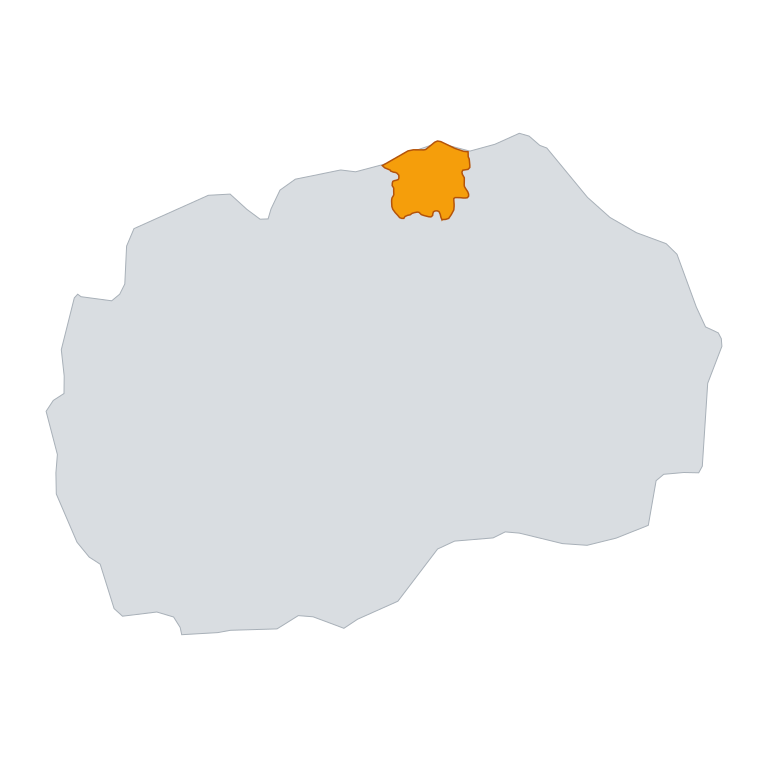 where Staro Nagoričane sits in North Macedonia
{"feature_id": "MKD-2910", "entity_name": "Staro Nagoričane", "entity_type": "Statistical Region", "adm_level": 1, "iso_a3": "MKD", "parent_name": "North Macedonia", "parent_adm1": "", "projection": "natural_earth1", "projection_center": [21.9, 42.216], "detail": "fine", "context": "in_parent", "style": "filled", "palette": "amber", "viewbox_px": 768, "rotation_deg": 0, "n_neighbors": 0, "source": "natural_earth", "source_scale": "10m", "svg_char_len": 2341}
<svg xmlns="http://www.w3.org/2000/svg" viewBox="0 0 768 768"><path d="M340.9,170.0L355.6,171.8L387.5,163.3L407.3,151.6L417.5,149.8L430.9,145.3L450.3,146.0L469.9,151.1L494.8,144.3L519.3,133.3L529.1,136.1L539.8,145.4L546.8,148.0L587.5,197.4L609.9,217.4L636.2,232.6L666.2,243.7L677.0,254.3L696.3,307.0L705.5,326.9L718.3,332.9L721.3,338.7L721.9,346.3L707.7,383.3L702.3,466.2L698.7,472.8L683.7,472.5L663.7,474.3L656.1,480.7L648.3,525.3L616.2,538.1L587.1,545.3L562.5,543.6L519.3,533.1L505.2,531.9L493.1,537.9L454.6,541.1L437.6,549.0L397.9,601.2L357.6,619.2L343.9,628.3L313.1,616.8L298.3,615.6L277.0,628.9L230.3,630.3L217.7,632.6L181.7,634.7L180.2,627.5L173.6,617.0L156.8,612.0L122.5,616.2L114.1,608.6L100.2,564.2L89.2,557.1L77.0,542.2L56.3,494.0L55.9,472.9L57.4,454.5L46.1,411.3L53.3,400.4L64.0,393.5L64.2,376.1L61.3,349.7L74.3,297.9L77.7,294.2L81.0,296.7L111.7,300.8L119.7,294.2L124.8,284.0L126.6,246.1L134.0,228.6L208.3,195.3L230.1,194.1L246.9,209.4L260.1,219.2L268.1,218.9L271.0,209.0L280.0,190.1L295.3,179.2L340.5,170.0L340.9,170.0Z" fill="#d9dde1" stroke="#a8b0b8" stroke-width="1"/><path d="M437.5,141.0L440.8,141.6L454.9,148.4L463.5,151.3L468.1,151.8L468.2,156.7L469.2,159.0L469.5,161.9L469.8,165.3L469.8,167.5L468.0,169.4L466.5,169.6L462.8,170.2L461.9,172.1L462.4,174.4L463.6,176.5L464.3,177.8L464.3,180.4L464.2,185.1L464.5,186.7L465.7,188.7L467.7,191.7L468.6,194.1L468.6,196.2L467.4,197.7L465.5,198.0L463.3,198.0L462.4,197.9L460.8,197.7L457.8,197.6L455.1,197.6L453.8,198.5L453.8,200.3L454.1,204.2L454.1,206.4L453.8,209.9L451.3,214.6L448.7,218.4L445.6,219.4L442.2,219.6L442.0,219.9L440.9,217.2L440.2,214.2L439.0,211.6L437.1,210.8L434.9,211.0L433.4,211.9L432.8,213.8L432.7,215.3L431.5,216.6L430.7,216.9L428.5,216.7L423.9,215.5L421.3,214.6L420.1,213.4L418.9,212.3L417.2,212.1L414.1,212.7L412.0,213.4L410.2,214.8L407.7,215.3L405.0,216.5L403.8,218.4L401.7,218.4L399.6,217.6L397.9,215.5L395.2,212.6L392.8,209.3L391.9,206.6L391.7,203.4L391.6,201.2L391.7,199.3L392.1,197.7L393.1,196.2L393.8,194.7L393.7,191.4L393.7,188.1L392.8,186.5L392.2,185.7L392.3,183.1L392.8,181.4L394.2,180.7L396.1,180.3L398.3,179.5L398.9,177.9L398.8,175.2L397.0,173.2L395.6,172.5L393.3,172.1L390.6,171.0L390.2,170.1L384.7,167.8L382.3,165.6L408.0,150.9L413.3,149.8L423.9,149.9L425.7,149.5L434.7,142.2L437.5,141.0Z" fill="#f59e0b" stroke="#b45309" stroke-width="1.5"/></svg>